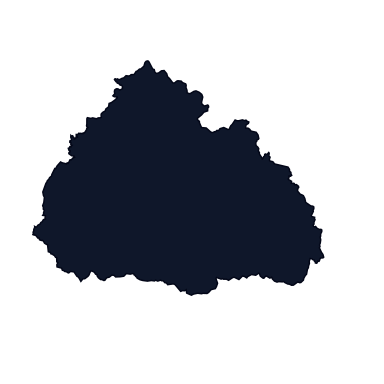 outline of Na Thawi, Songkhla, Thailand, rotated 285°
{"feature_id": "78962969B50866975427255", "entity_name": "Na Thawi", "entity_type": "district", "adm_level": 2, "iso_a3": "THA", "parent_name": "Thailand", "parent_adm1": "Songkhla", "projection": "albers", "projection_center": [100.679, 6.621], "detail": "fine", "context": "isolated", "style": "filled", "palette": "ink", "viewbox_px": 384, "rotation_deg": 285, "n_neighbors": 0, "source": "geoboundaries", "source_scale": "gbopen_adm2", "svg_char_len": 5902}
<svg xmlns="http://www.w3.org/2000/svg" viewBox="0 0 384 384"><g transform="rotate(285 192 192)"><path d="M118.0,49.0L117.2,49.4L116.2,49.0L114.6,48.9L113.7,49.2L112.0,48.9L111.2,49.5L109.7,49.3L109.5,49.9L110.0,50.8L109.6,51.2L109.8,52.1L107.6,55.1L108.0,56.1L106.4,57.1L106.2,59.1L106.6,60.2L105.7,61.6L104.4,62.8L103.7,65.1L103.8,66.1L97.1,68.7L97.0,70.7L95.7,71.9L95.9,73.4L95.3,74.2L95.1,75.5L93.6,77.1L93.5,78.3L89.5,79.5L89.1,80.8L86.8,80.3L84.7,81.0L84.7,85.8L82.9,87.0L82.9,88.6L82.3,89.5L82.5,91.3L81.8,93.4L82.3,94.2L83.8,95.1L84.3,98.7L80.8,102.7L80.7,103.6L79.6,105.2L76.9,107.8L79.9,109.1L80.5,110.9L83.6,113.3L85.3,114.0L87.8,114.2L89.7,115.0L89.8,115.9L89.2,118.5L87.7,120.1L87.6,121.5L86.3,122.2L84.9,123.8L83.8,126.3L84.1,127.7L83.7,129.8L84.2,130.7L87.0,131.7L88.4,134.2L91.0,136.1L91.3,138.3L90.2,140.2L91.6,144.7L93.0,147.9L96.2,149.7L96.7,153.6L97.9,155.9L97.8,157.0L96.9,157.6L96.8,158.6L95.9,159.4L95.4,160.7L94.6,161.3L93.8,164.5L93.8,167.4L94.4,172.0L96.0,175.7L96.4,178.8L97.4,179.6L97.1,182.0L98.7,184.4L98.4,185.7L98.8,187.3L97.4,189.1L97.5,190.9L96.2,192.5L98.2,197.2L98.4,198.5L98.1,199.7L93.1,206.8L94.3,208.3L94.7,210.4L96.1,211.7L93.0,213.0L92.2,218.2L93.8,219.9L95.7,223.7L96.2,227.5L97.0,228.9L97.9,232.8L99.2,234.0L102.7,235.8L104.7,239.5L107.0,240.1L110.5,240.3L114.4,237.6L115.8,237.8L115.4,242.7L116.2,243.7L115.9,244.8L116.7,247.9L116.2,250.2L120.0,253.6L120.6,254.9L119.6,260.0L123.9,262.5L124.0,264.4L123.2,267.1L124.7,267.7L127.7,270.8L128.1,275.1L130.9,277.5L130.7,278.2L128.5,279.7L127.2,282.7L127.3,283.7L129.4,284.7L130.1,285.6L129.0,289.5L130.3,291.0L128.9,292.1L127.3,294.7L127.0,297.4L127.9,299.0L128.6,302.5L129.2,303.7L128.5,305.3L127.9,308.5L128.2,309.8L127.7,312.3L128.3,314.1L132.1,317.1L132.4,317.7L132.3,319.6L132.8,320.6L135.7,322.4L137.6,322.3L140.8,323.1L142.1,323.9L147.1,323.5L149.0,324.0L150.7,323.7L153.4,323.9L155.2,323.2L158.3,323.3L158.5,325.1L157.9,326.2L157.9,327.5L157.0,328.0L156.5,329.1L155.4,329.5L155.4,330.7L155.8,331.1L157.8,331.3L157.8,332.5L158.3,332.8L161.1,333.0L162.0,334.4L162.2,335.5L163.1,336.1L165.6,334.6L167.3,332.6L171.0,329.5L172.6,329.7L173.9,328.9L175.9,329.1L179.1,328.7L181.7,327.4L182.5,327.7L184.8,327.1L187.2,327.6L188.9,327.2L189.3,326.3L188.8,324.6L189.3,322.2L190.7,320.3L189.9,319.2L190.5,317.9L191.5,317.6L192.5,318.1L194.4,317.6L197.1,318.0L198.2,317.1L199.3,317.0L199.3,314.0L200.0,313.3L204.6,314.2L205.6,313.7L207.3,314.0L209.1,313.5L209.6,312.3L209.3,311.0L209.6,309.4L211.4,304.5L215.0,302.6L217.3,300.5L217.8,298.4L217.7,297.4L220.2,293.7L222.8,293.3L223.9,293.9L225.1,293.4L226.2,291.0L225.5,289.1L226.5,288.7L226.8,288.1L226.1,285.6L228.1,285.4L229.1,281.8L229.6,281.6L230.8,282.0L232.4,281.5L232.7,283.0L233.9,284.0L235.1,282.9L236.6,282.4L237.2,281.0L239.2,280.2L240.9,278.3L240.5,265.0L240.7,264.0L241.8,263.0L242.2,261.9L242.1,259.4L242.5,258.8L243.6,258.3L245.9,258.4L246.4,257.0L249.5,256.5L250.0,255.9L247.7,254.8L247.7,253.0L247.1,252.5L245.5,252.8L244.7,252.1L242.0,251.6L241.9,251.3L243.2,250.5L246.2,247.2L247.7,246.8L248.7,245.5L251.2,245.2L252.5,243.8L253.3,242.0L254.9,241.2L256.5,240.8L257.9,241.4L259.2,241.3L260.0,242.4L260.9,242.7L264.2,241.0L266.3,238.5L266.1,233.3L267.6,231.3L268.2,229.5L267.5,227.5L269.2,226.9L270.9,226.9L272.8,228.7L274.3,228.8L274.7,226.7L275.4,225.5L274.6,224.6L274.7,222.0L272.9,218.7L272.5,217.1L272.7,215.0L267.6,213.3L266.2,212.4L264.1,211.9L262.9,212.1L262.4,211.8L261.7,210.5L262.5,206.0L260.4,202.6L259.0,202.2L258.2,201.6L257.9,200.1L256.4,199.2L256.0,198.0L254.8,196.8L254.6,195.6L255.0,194.1L257.5,189.2L256.7,184.5L260.9,181.2L262.2,180.8L262.7,179.4L263.7,178.4L264.7,178.2L269.0,181.3L272.2,182.8L274.4,186.1L277.1,185.5L278.4,186.1L279.6,185.5L280.1,184.7L278.2,181.7L279.4,179.0L281.0,178.0L286.5,177.8L288.8,176.2L290.2,173.1L290.7,169.7L289.7,167.8L286.4,164.6L286.4,161.7L289.0,160.8L291.4,159.1L293.7,158.7L294.8,157.9L295.2,154.6L296.3,152.9L295.8,149.6L295.1,148.5L292.9,147.0L292.5,146.1L292.5,145.1L295.8,140.9L297.0,138.6L299.8,136.9L302.1,133.6L301.1,131.1L298.2,128.8L297.4,126.9L297.5,126.2L298.2,125.1L300.5,123.8L300.6,122.2L306.4,116.9L307.1,116.0L307.1,115.1L306.4,113.9L304.9,113.1L301.1,113.0L297.5,110.6L297.1,109.4L294.7,107.9L294.0,106.8L290.5,105.7L289.6,102.8L288.3,102.0L287.6,100.7L287.3,98.2L284.5,96.5L283.7,95.0L281.9,93.1L281.6,92.1L282.0,90.8L281.3,89.9L281.5,88.6L281.1,88.1L280.5,88.0L278.8,90.2L278.6,91.3L277.9,91.6L277.8,93.2L276.6,95.0L277.0,96.3L275.9,97.5L273.7,98.0L272.1,96.3L271.8,95.9L272.4,94.1L272.3,92.7L271.6,91.7L270.5,90.9L268.6,91.1L267.2,92.0L264.4,90.7L263.9,92.2L264.4,95.2L263.8,95.5L260.7,93.6L257.5,91.0L256.1,89.0L252.7,89.4L249.9,87.3L247.8,87.2L246.0,85.3L244.2,84.2L243.0,84.2L240.7,85.1L239.7,83.7L239.3,82.2L238.0,80.8L237.9,76.9L236.9,75.2L236.7,71.7L235.6,71.5L230.6,72.8L228.6,73.0L227.6,73.8L227.4,74.7L226.0,73.9L224.8,74.0L221.0,72.7L221.0,72.0L220.4,71.9L220.5,71.3L220.1,71.2L219.7,68.5L219.2,68.0L219.4,67.4L217.9,66.7L217.6,65.3L216.5,65.6L216.2,66.7L215.4,67.1L215.4,65.8L213.7,65.7L212.6,64.7L214.1,63.9L214.5,62.7L215.2,62.5L215.4,61.9L214.8,61.0L215.2,60.4L213.6,60.7L211.4,62.2L210.2,61.7L209.9,61.0L209.3,61.3L209.2,61.0L208.7,61.0L208.3,61.2L208.1,62.5L206.7,62.6L206.0,63.1L206.0,64.0L204.8,63.3L204.3,63.4L204.2,62.3L202.9,62.1L202.2,61.2L200.2,62.5L200.2,63.6L199.5,63.5L199.1,63.8L197.9,62.9L197.1,63.2L195.9,66.4L196.2,68.7L195.1,69.6L194.7,68.6L191.8,67.0L191.5,65.8L188.2,65.2L187.7,65.0L187.9,63.9L186.7,63.6L186.6,59.0L187.0,57.3L182.4,55.0L179.2,54.2L179.2,53.4L172.7,52.1L171.1,52.2L169.0,50.7L167.6,50.5L165.3,49.3L163.5,49.2L162.8,48.7L153.4,47.9L150.2,49.4L148.7,50.8L143.5,51.6L140.1,51.3L138.7,52.4L136.9,52.8L136.2,54.1L133.4,54.0L132.6,54.4L130.8,53.9L131.2,56.5L128.9,56.8L128.1,57.4L126.8,55.6L124.5,55.0L123.4,53.9L121.7,53.5L120.0,51.7L118.1,51.0L117.7,50.2L118.0,49.0Z" fill="#0f172a" stroke="#020617" stroke-width="1.5"/></g></svg>